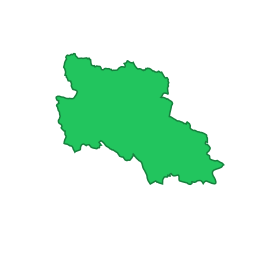 outline of Tan Lac, Hòa Bình, Vietnam, rotated 147°
{"feature_id": "81297802B22385523751240", "entity_name": "Tan Lac", "entity_type": "district", "adm_level": 2, "iso_a3": "VNM", "parent_name": "Vietnam", "parent_adm1": "Hòa Bình", "projection": "equal_earth", "projection_center": [105.222, 20.611], "detail": "fine", "context": "isolated", "style": "filled", "palette": "green", "viewbox_px": 256, "rotation_deg": 147, "n_neighbors": 0, "source": "geoboundaries", "source_scale": "gbopen_adm2", "svg_char_len": 5818}
<svg xmlns="http://www.w3.org/2000/svg" viewBox="0 0 256 256"><g transform="rotate(147 128 128)"><path d="M134.2,219.7L134.7,219.8L135.4,220.6L135.8,220.7L136.7,220.6L137.6,220.7L138.2,221.1L139.2,222.1L140.2,222.0L141.6,221.2L141.8,219.9L142.1,219.1L143.0,218.9L144.5,218.0L146.0,216.8L146.4,216.2L148.8,214.0L148.8,212.1L149.7,209.2L150.3,208.3L152.1,206.6L151.4,206.0L151.2,205.4L152.0,204.4L151.8,202.9L152.2,201.4L152.4,200.2L151.2,199.1L150.6,198.4L151.0,197.3L151.2,196.1L151.4,195.5L152.2,194.8L152.7,194.0L153.2,191.1L152.9,190.6L153.1,190.3L151.3,188.3L150.7,186.9L150.8,186.1L150.9,185.8L152.3,184.9L153.0,184.3L156.7,182.7L157.9,182.6L158.5,182.8L159.8,183.7L160.9,184.7L161.6,184.9L162.2,185.3L163.8,186.6L164.0,186.9L165.3,188.9L166.9,190.2L168.1,191.8L168.5,192.1L169.7,192.9L170.9,193.0L171.3,193.0L171.6,192.7L172.0,192.0L172.4,190.2L171.3,188.5L172.2,187.8L172.5,186.4L174.3,186.4L174.9,186.3L175.6,185.8L175.8,185.2L175.7,184.3L175.8,183.8L176.9,180.5L176.7,179.4L176.8,178.8L178.0,176.4L178.4,174.9L180.3,173.3L180.9,172.8L182.1,172.4L183.0,171.0L183.2,170.1L183.1,169.4L182.8,168.6L182.2,167.6L182.1,167.2L182.4,165.6L182.5,165.3L182.8,165.0L183.7,164.8L184.0,164.3L183.9,163.4L183.3,160.4L183.1,160.1L182.5,159.8L182.4,159.6L183.2,158.7L184.3,156.9L184.4,156.2L184.3,155.4L184.5,154.8L185.2,153.9L187.3,152.6L188.7,151.4L190.0,149.9L189.3,148.9L187.7,147.4L187.4,146.9L186.4,144.7L185.3,143.8L185.0,143.3L184.9,142.1L185.0,141.5L185.4,140.1L185.5,138.0L185.7,136.7L184.9,136.9L180.1,135.8L179.5,136.1L178.5,137.5L177.6,138.3L176.8,138.8L175.8,139.2L174.4,139.0L174.0,138.8L173.7,138.4L172.6,136.0L172.0,136.2L171.6,136.1L169.7,135.2L169.4,132.1L168.8,131.1L168.0,130.1L166.8,129.0L165.8,127.9L165.3,127.6L164.2,127.9L162.9,127.1L162.5,127.2L161.8,128.2L161.3,128.6L160.8,128.7L159.8,128.2L160.1,131.8L157.7,132.1L157.2,131.3L156.5,129.0L156.3,127.3L156.3,125.9L156.0,124.4L155.5,123.6L154.7,121.9L154.3,120.1L153.7,119.5L153.3,118.3L153.1,118.1L152.5,117.9L151.3,115.0L150.3,112.9L150.4,111.6L150.3,110.7L150.4,109.0L149.2,107.3L147.9,106.2L147.8,102.8L147.2,101.9L146.6,101.2L145.9,101.2L145.4,101.0L144.4,100.2L143.4,100.0L142.0,100.7L140.8,100.9L140.0,101.6L138.7,101.8L138.5,102.0L138.2,102.5L137.8,103.9L137.7,103.2L137.6,102.1L137.7,100.3L137.4,99.3L137.4,98.2L136.6,95.3L136.6,94.9L135.6,93.0L135.5,91.8L135.6,90.7L137.0,86.6L137.2,85.2L137.2,83.3L137.8,78.5L138.4,76.9L138.9,76.0L139.3,75.0L139.8,72.8L139.8,68.9L133.6,68.5L133.2,66.7L132.7,66.6L131.9,65.1L129.5,62.3L127.1,65.7L124.8,66.9L124.1,67.1L123.6,66.9L121.9,65.6L121.6,65.5L120.2,66.6L119.7,65.4L118.8,64.7L118.7,64.8L118.7,65.5L118.5,66.1L118.2,66.3L117.0,66.4L116.7,66.3L116.6,65.8L116.7,65.1L116.0,63.3L115.4,62.8L114.6,62.3L111.9,61.4L111.4,60.9L111.5,60.3L111.7,59.3L113.1,57.3L113.6,55.9L113.5,55.6L111.6,53.3L108.5,49.9L108.2,49.5L108.1,48.8L107.5,47.8L106.7,47.0L106.2,46.7L104.8,46.7L104.5,46.8L103.6,48.0L102.1,46.5L101.5,46.1L99.9,45.8L98.9,46.0L98.2,45.8L96.3,44.8L95.7,44.2L95.4,43.7L95.1,42.2L95.2,40.4L94.3,40.8L93.1,41.2L91.6,41.1L91.1,40.8L90.6,40.1L87.7,35.9L86.6,34.8L86.0,34.2L85.4,33.9L84.4,34.0L83.7,34.9L83.0,37.0L82.7,39.1L82.6,41.6L82.3,43.1L81.8,44.2L80.9,45.3L79.9,45.7L78.8,45.9L76.1,45.4L74.1,44.8L71.5,44.3L70.6,44.3L68.6,45.1L67.8,45.0L67.9,46.1L68.2,47.3L69.5,49.3L70.8,52.1L72.6,52.8L73.2,53.3L74.9,55.3L75.9,56.8L76.0,57.3L76.0,58.0L75.2,59.4L74.9,60.2L74.9,60.6L76.0,62.8L76.0,63.3L75.1,64.3L72.8,64.6L70.6,65.8L70.0,66.5L69.9,68.3L70.4,71.1L71.5,71.7L71.5,73.2L70.2,74.2L69.7,73.4L69.2,72.8L66.9,76.4L66.9,77.1L66.9,77.8L66.3,78.6L66.1,79.0L66.0,79.4L66.9,81.5L68.2,83.5L68.9,84.3L70.0,85.1L70.3,85.8L71.6,86.9L72.1,87.6L72.8,89.0L73.5,89.8L74.6,90.4L75.1,91.4L75.8,93.0L75.9,93.5L75.8,94.4L74.6,95.9L74.2,97.8L74.2,98.2L75.1,100.8L75.4,100.8L76.2,100.1L77.0,99.6L77.2,99.8L77.4,100.5L77.8,100.9L78.7,101.2L78.8,101.3L78.9,102.4L79.6,103.7L80.4,104.5L81.0,105.6L81.4,106.1L82.6,106.9L83.0,107.5L84.0,109.8L84.3,110.2L86.0,113.9L87.1,115.1L84.7,117.8L81.2,121.1L79.3,123.1L78.0,123.7L77.2,124.5L77.0,125.8L77.1,126.5L78.3,129.0L78.7,130.4L79.0,130.9L79.8,131.1L80.1,132.2L81.6,134.3L83.4,135.4L83.7,135.8L82.9,135.9L80.5,137.3L79.8,137.6L79.0,137.6L78.5,137.5L77.9,137.1L76.9,136.1L76.1,134.8L75.8,134.8L75.2,135.6L75.1,136.2L73.1,140.0L72.0,140.8L71.2,141.2L71.0,142.3L70.3,143.0L69.1,143.9L68.9,145.7L68.0,146.5L67.9,146.7L67.8,148.8L68.0,149.1L69.1,149.4L69.4,149.7L69.6,150.2L69.7,151.5L69.4,156.5L70.0,156.6L70.6,157.1L70.9,157.7L71.1,158.5L71.4,159.0L71.8,159.1L72.4,158.8L72.9,158.9L73.7,159.3L74.6,160.2L74.9,160.6L75.3,161.8L75.6,162.0L76.1,162.2L76.9,164.9L77.6,166.2L78.1,166.7L78.6,167.0L79.2,167.6L79.9,167.4L80.2,167.5L80.5,168.1L82.3,167.3L82.5,167.3L83.0,168.1L83.9,167.9L85.2,170.6L86.1,171.4L86.4,171.7L87.1,171.8L87.5,172.1L88.0,173.2L88.3,176.0L88.3,176.7L87.9,180.2L88.6,180.1L90.0,181.2L90.6,182.0L90.9,182.6L91.3,183.8L91.8,184.6L92.4,184.6L92.9,184.1L93.7,183.7L94.5,183.7L96.1,184.2L96.1,183.0L96.3,181.9L97.0,181.1L97.6,180.8L98.0,181.0L98.5,181.7L99.8,182.8L100.7,183.1L102.9,183.2L105.2,182.5L106.1,182.7L108.0,183.8L108.5,184.3L109.4,184.5L110.0,184.9L110.2,185.3L110.1,186.1L110.2,186.4L111.0,186.7L111.5,188.0L111.9,188.3L112.7,188.7L114.4,190.2L115.2,190.5L116.9,190.3L117.9,190.9L118.2,191.4L118.3,192.0L117.9,193.3L117.9,194.2L117.9,194.4L118.1,195.0L119.1,195.7L120.6,197.1L121.7,197.1L122.5,197.4L122.5,197.6L122.3,198.3L122.4,198.7L123.2,198.9L124.2,200.3L124.3,200.7L123.8,202.5L122.2,205.6L122.3,205.8L122.8,206.3L122.5,207.1L122.5,207.6L122.9,207.9L123.6,207.7L123.8,207.8L124.3,208.2L124.3,208.7L124.3,209.1L124.9,209.5L127.8,210.8L129.1,212.0L130.0,212.4L131.7,213.4L132.0,213.8L132.2,214.3L132.2,215.4L132.6,216.9L132.5,217.5L132.0,219.0L132.2,219.3L132.9,219.9L133.5,219.9L134.2,219.7Z" fill="#22c55e" stroke="#15803d" stroke-width="1.5"/></g></svg>